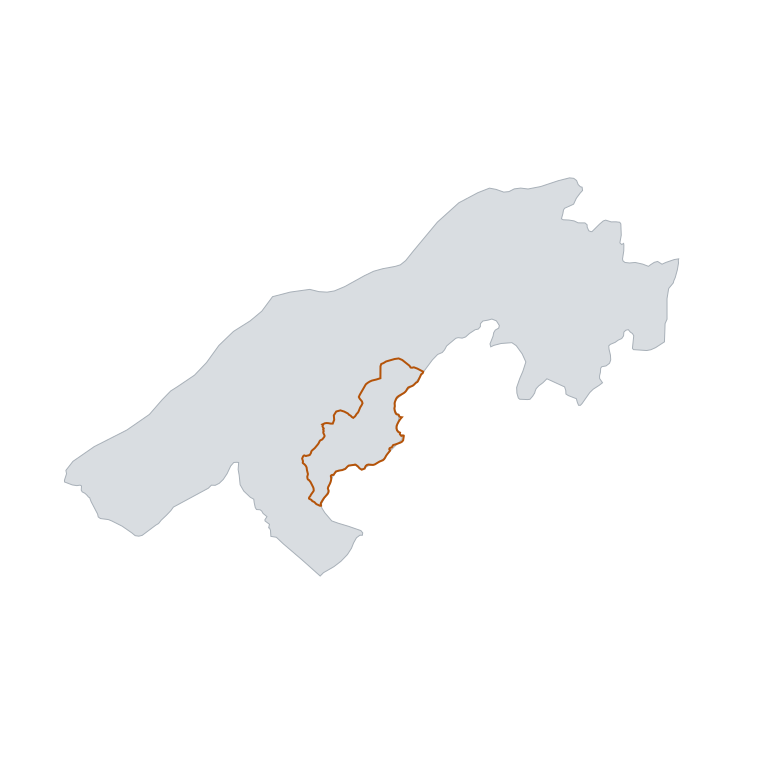 where Cuvette-Ouest sits in Republic of the Congo, rotated 221°
{"feature_id": "COG-2185", "entity_name": "Cuvette-Ouest", "entity_type": "Region", "adm_level": 1, "iso_a3": "COG", "parent_name": "Republic of the Congo", "parent_adm1": "", "projection": "equal_earth", "projection_center": [14.65, 0.103], "detail": "fine", "context": "in_parent", "style": "outline", "palette": "amber", "viewbox_px": 768, "rotation_deg": 221, "n_neighbors": 0, "source": "natural_earth", "source_scale": "10m", "svg_char_len": 7401}
<svg xmlns="http://www.w3.org/2000/svg" viewBox="0 0 768 768"><g transform="rotate(221 384 384)"><path d="M200.0,599.8L202.9,589.6L205.1,584.9L207.7,581.6L218.3,573.6L219.9,573.9L227.2,584.3L229.6,585.1L232.2,584.8L235.3,585.3L236.8,583.2L237.0,580.5L234.8,577.5L234.4,574.3L236.0,570.8L236.9,567.0L239.2,562.4L239.4,560.2L237.0,557.9L232.0,554.3L228.7,550.9L227.4,547.6L228.3,543.3L231.0,539.9L230.8,538.0L228.4,534.9L226.7,531.6L224.9,529.6L219.9,528.3L220.8,523.9L222.7,517.4L223.1,512.4L221.7,499.2L221.8,496.8L223.2,495.6L226.2,497.1L229.2,499.1L237.3,496.2L240.1,495.8L242.5,498.3L245.8,500.3L264.5,494.8L264.9,489.2L266.0,484.1L266.1,480.3L265.3,477.9L264.4,476.1L263.8,472.3L263.8,468.2L265.6,466.3L271.6,461.5L273.5,461.6L277.7,464.3L281.6,468.4L285.1,477.1L287.5,484.6L291.4,493.7L299.5,497.4L309.3,499.7L314.6,499.1L322.2,491.4L326.4,485.3L327.8,482.1L330.3,483.8L333.1,491.7L334.9,494.8L335.4,497.7L334.1,501.4L335.3,503.8L340.6,505.4L345.2,503.8L347.3,500.6L350.7,496.4L350.8,492.8L348.9,490.5L348.9,487.3L350.8,484.8L352.7,478.0L353.3,473.0L355.1,469.9L358.5,467.6L359.8,465.6L361.7,453.8L360.7,449.5L360.7,446.0L362.9,441.5L363.3,434.1L361.1,404.8L364.5,381.4L364.2,378.4L361.8,374.8L358.8,371.5L351.1,368.8L348.2,364.4L346.0,359.8L344.3,358.3L335.9,356.5L334.0,353.9L334.8,346.5L335.5,335.5L335.2,327.8L336.7,321.6L338.4,317.0L342.1,312.1L344.1,306.3L345.2,304.9L352.3,303.9L354.8,301.5L356.8,299.1L357.7,295.8L360.1,290.4L362.3,286.7L362.5,284.2L362.0,280.7L359.9,273.9L357.3,268.2L355.8,266.2L352.7,252.8L349.8,249.7L344.2,248.0L333.6,246.4L327.2,248.9L317.5,253.3L305.2,258.2L302.4,257.7L301.1,255.7L303.0,254.0L303.9,249.9L302.7,244.1L300.8,238.7L299.7,231.3L300.2,222.0L302.0,213.2L305.9,201.9L306.2,197.2L329.7,197.5L355.0,197.3L364.7,197.7L369.4,194.8L373.8,199.2L376.0,200.2L376.7,199.8L378.4,203.0L383.9,202.6L384.8,203.4L385.3,207.1L390.4,207.0L392.9,207.9L395.0,207.8L397.9,205.6L400.1,206.3L404.0,209.2L406.7,211.6L410.6,210.8L419.6,211.2L426.5,213.6L433.4,220.1L438.0,223.8L442.2,229.4L443.7,228.4L445.9,226.2L445.9,221.5L443.6,213.4L442.7,206.5L443.2,200.9L444.9,196.8L447.9,194.4L448.2,190.1L462.2,152.9L461.8,148.6L462.1,142.2L462.8,135.0L462.6,130.8L463.6,127.9L467.2,111.1L469.2,108.3L472.3,106.3L476.7,106.2L488.4,104.9L499.4,102.1L503.0,100.9L509.8,96.4L512.5,96.2L514.7,97.9L527.9,103.1L531.6,105.1L532.9,104.8L534.9,105.2L538.0,105.3L541.0,104.6L542.9,105.3L545.4,108.6L547.0,108.3L549.1,105.8L553.1,103.3L560.8,100.5L562.0,101.7L564.7,108.0L567.4,110.1L568.0,121.6L561.6,146.7L547.9,180.5L541.1,207.1L541.1,226.5L540.4,238.8L538.2,246.2L532.8,266.4L532.0,283.7L533.9,304.8L532.1,324.9L526.4,343.9L524.0,358.8L525.4,376.8L515.1,391.8L502.1,406.7L493.7,411.0L487.2,416.0L482.5,421.7L477.6,431.6L469.8,453.0L465.8,462.3L460.5,470.3L452.7,480.1L449.8,484.7L448.6,491.4L449.1,503.7L449.9,541.2L446.4,569.9L438.7,589.9L432.9,601.0L427.1,604.4L419.5,607.4L415.9,611.2L413.7,616.7L409.4,621.5L403.2,625.7L395.3,635.8L385.7,652.0L379.2,661.3L375.7,663.7L372.1,663.9L368.3,661.9L365.2,661.7L363.6,662.5L361.1,660.3L361.2,656.6L360.7,650.4L358.9,644.1L363.0,635.1L362.7,633.1L360.7,629.8L358.5,625.1L356.5,625.5L352.1,629.0L347.5,631.8L343.2,633.0L338.0,637.4L335.2,637.4L333.6,635.7L330.0,634.0L328.1,634.6L327.0,635.4L326.2,646.2L325.5,650.9L324.2,653.1L318.9,655.4L315.3,658.6L312.2,660.7L310.3,660.2L302.6,652.0L298.6,645.3L296.1,645.2L295.4,647.3L294.2,646.3L290.4,641.8L286.0,634.8L284.4,633.7L281.9,633.8L278.1,636.4L274.2,640.5L267.4,644.2L261.6,646.3L261.1,648.8L259.8,653.2L257.9,656.0L252.8,656.8L251.0,660.7L246.6,668.3L243.7,671.8L242.9,670.3L241.1,668.5L237.5,662.6L234.0,655.3L233.0,652.0L232.0,650.1L231.8,642.8L226.4,634.1L212.9,618.6L211.5,614.0L200.0,599.8Z" fill="#d9dde1" stroke="#a8b0b8" stroke-width="1"/><path d="M349.8,304.7L352.3,304.5L353.0,304.2L353.2,303.9L353.4,303.5L357.1,299.3L357.4,297.9L357.5,294.5L359.0,291.7L361.2,289.1L362.9,286.4L362.6,283.3L362.4,282.5L362.8,281.9L363.4,281.5L363.8,280.8L363.9,279.9L363.5,279.4L362.4,278.6L361.4,277.5L360.6,276.2L359.9,274.7L359.4,273.2L358.6,269.8L357.9,268.4L355.6,267.0L354.8,265.6L354.4,263.9L354.5,258.9L354.3,257.1L353.6,253.0L353.3,252.3L352.8,251.7L352.2,251.4L351.8,251.0L351.7,250.7L352.5,250.1L353.3,249.8L354.2,249.6L356.1,249.0L356.4,249.0L356.7,249.0L358.9,249.2L359.5,249.1L360.4,248.9L360.8,248.7L361.1,248.6L361.4,248.6L362.3,248.8L362.8,248.9L365.2,248.3L365.5,248.4L365.7,248.6L366.0,249.2L366.1,249.8L366.1,250.9L366.2,251.4L366.5,252.5L366.9,256.7L367.0,257.1L367.2,257.6L368.7,259.0L369.7,259.6L375.1,261.8L377.7,262.3L378.1,262.1L378.5,262.1L378.9,262.1L379.4,262.3L380.0,262.7L381.1,263.7L381.4,264.3L382.0,265.6L382.4,266.2L383.0,266.6L385.7,268.5L387.6,270.2L388.9,270.8L390.2,271.1L391.4,271.2L393.0,271.1L393.4,271.1L393.7,271.3L394.3,272.3L394.5,272.5L394.8,272.8L396.2,273.6L396.6,273.9L396.9,274.1L397.5,276.0L397.6,276.6L397.6,276.8L397.6,277.1L397.5,277.5L397.4,277.7L397.2,277.9L397.0,278.0L396.4,278.1L395.9,278.3L395.6,278.5L395.3,279.0L395.1,279.4L395.0,279.6L394.9,279.7L394.7,279.8L394.4,280.1L394.2,280.7L394.0,280.9L393.7,281.2L393.6,281.4L393.5,281.6L393.5,281.9L393.7,283.1L393.8,283.7L393.9,284.1L394.6,285.4L394.7,286.0L394.7,286.6L394.2,290.1L394.3,294.9L394.4,296.1L395.1,298.8L395.1,299.2L395.1,299.5L395.0,299.9L394.4,301.2L394.3,301.4L394.3,301.6L394.3,301.8L394.2,302.4L394.3,303.3L394.4,304.8L394.5,305.2L394.6,305.5L394.8,305.8L395.1,306.1L397.7,307.3L397.9,307.5L398.1,307.7L398.4,308.0L398.5,308.3L398.5,308.6L398.6,308.9L398.9,309.1L399.7,309.5L400.2,309.9L400.1,310.3L400.1,310.6L400.2,310.8L400.5,311.0L400.9,311.0L402.5,311.6L402.9,312.0L403.0,312.3L403.1,312.7L403.1,313.1L403.2,313.4L403.3,313.6L403.5,313.4L403.7,313.1L403.8,313.0L404.0,313.0L402.9,315.5L401.7,316.9L400.2,318.0L398.3,319.1L396.7,320.5L398.1,324.3L401.3,327.4L402.0,331.9L399.6,335.5L395.9,337.1L392.1,338.0L391.2,338.0L390.3,337.8L388.4,338.2L386.6,338.0L385.0,338.3L384.6,340.7L385.0,343.3L385.0,344.3L384.9,345.4L385.3,346.9L386.6,350.7L387.0,353.3L387.6,355.4L389.2,356.4L392.8,357.0L394.5,357.7L395.2,360.0L397.5,371.8L397.1,374.1L396.4,376.4L395.4,378.6L392.7,382.4L390.5,386.0L398.3,395.1L399.2,397.3L398.1,399.5L397.2,402.4L392.4,409.8L389.7,412.9L386.0,414.1L376.8,414.5L374.7,413.9L373.5,414.7L372.4,416.2L368.9,417.5L362.5,419.0L362.3,418.7L362.0,417.9L361.9,417.3L362.2,416.2L362.3,415.6L362.1,414.9L361.6,413.4L360.2,408.2L360.2,407.3L360.7,405.9L360.9,403.0L361.2,401.5L362.0,399.9L362.8,398.6L363.4,397.2L363.2,395.1L362.8,393.5L362.8,391.8L363.1,390.2L365.1,384.4L365.4,382.2L365.0,380.3L363.8,377.1L363.2,376.2L361.3,374.4L360.2,372.4L358.5,371.0L356.7,369.9L355.3,369.4L354.4,369.5L353.7,370.0L352.9,370.4L352.1,370.1L351.2,369.6L350.4,369.6L349.6,370.0L348.7,370.6L348.7,368.1L348.3,365.4L347.7,362.7L346.9,360.5L345.6,358.8L343.8,357.6L341.8,357.2L340.0,357.8L339.7,357.2L339.3,356.7L338.8,356.5L337.0,356.2L336.7,356.4L336.5,356.8L336.3,357.3L336.1,357.6L335.5,357.9L335.2,358.0L334.9,357.7L332.6,354.0L332.6,352.2L333.2,350.5L335.4,346.5L336.0,345.4L336.5,344.8L337.0,343.9L337.0,343.3L336.7,342.5L336.6,341.5L336.8,340.9L337.5,339.7L337.6,339.0L337.2,338.2L336.6,338.0L336.0,338.0L335.7,337.5L335.5,332.8L335.3,331.1L334.8,329.1L334.6,327.4L334.8,325.8L336.5,322.5L338.2,317.2L339.2,315.7L342.9,313.0L343.8,311.6L344.0,310.2L343.7,308.9L343.1,307.5L344.6,304.7L347.1,304.3L349.8,304.7Z" fill="none" stroke="#b45309" stroke-width="2"/></g></svg>